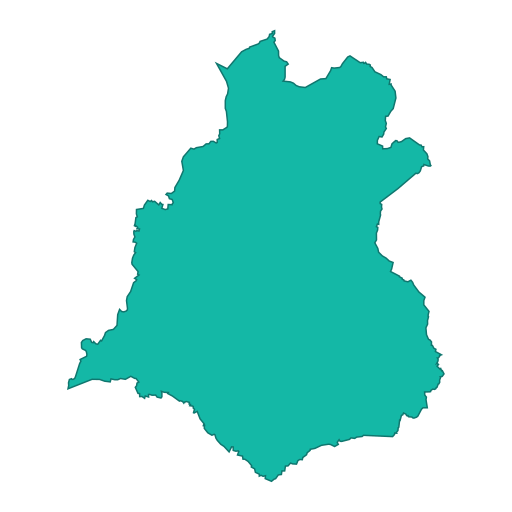 outline of Borabue, Maha Sarakham, Thailand
{"feature_id": "78962969B23742076953899", "entity_name": "Borabue", "entity_type": "district", "adm_level": 2, "iso_a3": "THA", "parent_name": "Thailand", "parent_adm1": "Maha Sarakham", "projection": "natural_earth1", "projection_center": [103.135, 16.006], "detail": "fine", "context": "isolated", "style": "filled", "palette": "teal", "viewbox_px": 512, "rotation_deg": 0, "n_neighbors": 0, "source": "geoboundaries", "source_scale": "gbopen_adm2", "svg_char_len": 6020}
<svg xmlns="http://www.w3.org/2000/svg" viewBox="0 0 512 512"><path d="M425.0,297.2L418.9,292.0L413.7,285.0L412.6,282.3L410.9,280.2L407.9,281.8L404.1,280.9L403.9,280.0L402.2,279.2L402.2,278.2L399.4,276.7L399.4,276.1L390.5,271.5L391.6,269.1L393.1,262.5L389.2,261.0L386.1,258.1L382.3,255.9L378.6,252.2L377.8,248.4L374.8,242.8L376.5,239.9L376.4,233.0L377.6,230.1L377.8,227.4L376.4,226.7L377.4,224.0L378.7,224.3L378.7,221.9L380.6,214.9L380.3,214.1L380.5,211.2L382.0,209.0L381.5,207.0L381.7,204.4L380.2,203.6L380.1,202.1L397.8,188.7L415.9,173.2L417.3,173.6L418.9,172.8L420.3,170.9L421.6,166.7L423.7,165.9L423.9,164.5L428.4,166.0L430.2,166.1L430.9,165.6L430.3,164.7L429.6,160.9L427.7,158.9L427.9,156.6L426.9,153.8L423.4,150.0L423.7,146.7L422.0,146.8L421.1,145.1L419.6,145.0L409.6,137.9L405.7,138.6L401.5,141.6L399.3,142.2L398.1,142.3L396.9,140.7L395.4,140.6L394.9,141.6L394.4,141.6L392.0,143.8L390.9,147.4L387.4,148.6L382.7,148.8L382.6,146.1L377.3,143.8L377.4,140.3L379.1,136.5L382.0,137.0L383.7,134.1L383.9,132.1L386.3,128.5L385.5,126.9L386.3,123.4L385.3,120.6L385.6,116.3L388.0,116.1L390.8,111.3L393.2,108.6L395.9,98.0L395.1,91.2L391.1,85.0L391.1,84.0L389.2,84.3L390.1,79.5L386.7,78.8L386.3,76.8L383.6,76.8L380.9,74.6L374.9,71.8L372.0,67.5L370.2,66.5L370.3,65.0L369.2,64.3L366.7,64.1L365.6,62.4L364.6,63.3L363.8,63.4L363.4,62.3L360.2,62.7L350.0,55.9L347.7,57.0L342.5,63.6L340.8,66.7L339.6,67.5L334.2,68.1L331.6,67.7L330.6,70.7L325.9,78.6L320.5,79.0L305.3,87.5L299.3,86.8L296.1,85.5L293.5,83.2L290.4,81.9L283.1,81.1L284.6,79.1L285.1,77.0L285.1,66.3L288.2,64.1L286.6,61.8L284.0,61.1L279.3,57.7L278.6,55.6L278.5,51.1L273.9,42.2L275.2,40.6L274.9,38.2L272.8,37.0L272.5,36.3L274.6,33.5L274.6,30.7L272.2,31.7L272.3,33.5L269.6,34.3L269.2,36.5L267.1,39.1L260.1,41.4L259.4,43.0L258.1,44.0L249.6,47.1L249.3,48.3L246.2,49.3L241.6,51.8L227.3,68.8L216.5,63.4L226.5,81.3L228.5,88.2L227.6,93.9L226.2,96.7L225.3,100.6L225.3,108.4L226.4,111.4L227.5,121.8L227.4,126.4L226.9,127.3L222.8,129.9L219.6,129.9L219.7,133.8L218.8,135.7L219.6,138.5L217.2,139.5L217.2,142.5L216.2,143.0L213.3,141.3L210.8,141.4L209.0,143.8L206.1,143.9L203.1,146.5L196.3,147.7L194.0,149.1L190.8,148.2L183.4,156.8L181.8,161.3L183.4,170.5L179.2,180.2L174.9,187.5L174.6,191.1L171.3,193.5L167.2,193.1L166.0,194.5L168.5,195.9L169.4,198.7L172.2,199.5L173.3,202.7L172.4,203.6L172.1,204.7L168.2,204.5L167.8,208.9L165.2,209.6L161.8,208.3L162.9,204.5L161.8,204.3L160.2,202.5L158.8,204.9L154.6,201.3L152.5,201.8L151.5,200.5L150.2,201.5L147.8,200.3L144.4,205.1L143.4,208.4L136.5,209.5L136.4,213.9L137.3,216.8L135.9,217.6L135.1,223.6L134.4,225.7L135.5,226.3L135.8,225.7L137.7,227.3L136.9,228.8L139.5,229.0L139.0,231.0L136.7,230.7L135.9,231.3L134.2,230.6L133.8,231.6L133.9,234.1L134.9,237.0L133.5,239.4L133.1,241.9L135.3,242.2L136.7,243.2L134.9,247.6L134.3,251.7L135.6,252.6L133.8,255.0L132.5,258.2L131.8,262.6L132.1,264.3L138.1,271.6L137.6,274.2L139.0,275.0L134.6,278.3L136.7,279.7L136.1,280.8L133.6,282.7L130.6,291.6L127.2,296.7L126.5,300.6L127.5,308.5L127.3,309.9L126.1,311.1L123.7,311.9L121.6,311.5L119.6,309.4L117.7,314.6L117.0,325.4L113.4,329.4L108.5,330.4L105.5,332.6L104.5,335.6L101.6,340.9L100.6,340.3L97.7,344.3L95.8,343.8L93.7,341.6L93.2,342.7L91.7,342.4L90.2,339.2L86.1,338.8L82.8,340.5L81.4,342.5L81.6,347.8L82.4,348.9L85.5,350.4L86.3,351.5L86.9,354.3L86.6,356.3L80.1,359.5L80.9,361.2L79.7,363.4L75.5,376.6L74.7,378.4L73.3,379.3L72.1,379.4L71.5,378.7L69.4,379.5L68.5,382.8L68.7,385.5L68.0,388.8L92.1,379.3L99.6,379.4L104.7,381.2L110.2,381.9L111.0,378.9L114.7,379.7L117.8,379.7L120.5,378.5L125.4,379.3L130.8,376.3L134.7,378.4L136.1,378.5L138.8,382.1L137.0,383.1L136.6,385.8L135.3,387.3L138.0,393.4L139.6,393.6L139.7,396.6L142.0,396.5L144.6,398.3L145.2,396.0L148.6,397.0L148.5,394.5L149.7,394.4L152.0,395.2L155.7,395.1L157.1,397.1L161.0,398.0L161.9,396.8L161.9,393.0L161.4,391.3L164.3,392.3L168.3,392.5L167.7,393.5L172.4,396.0L179.4,401.1L180.0,400.7L182.5,401.4L183.7,403.0L183.9,402.4L184.7,402.5L184.9,401.9L186.3,401.5L189.4,402.4L189.1,404.0L190.5,404.4L189.8,405.7L192.7,406.1L193.3,406.6L193.2,408.0L194.5,409.2L193.5,412.7L194.1,413.0L197.2,411.4L200.1,418.9L204.1,423.8L204.4,424.7L203.7,424.5L203.3,425.7L204.4,426.0L204.3,428.4L207.8,432.8L211.9,435.2L214.2,434.3L215.0,434.9L215.9,438.1L217.3,440.4L220.8,444.3L224.0,446.4L229.1,451.9L231.6,446.8L233.2,447.0L233.2,450.4L235.8,451.2L238.3,450.9L238.8,451.4L237.5,455.0L242.5,456.1L243.0,459.2L244.8,459.2L248.1,461.4L251.6,465.6L251.3,467.0L254.6,468.8L255.4,472.3L259.3,474.2L259.3,476.1L261.1,475.3L263.1,476.3L265.5,475.7L265.2,478.6L271.5,481.3L274.2,479.1L275.6,478.7L278.3,474.9L281.4,474.5L281.9,471.0L284.7,470.9L285.4,466.1L288.0,465.9L290.5,463.1L292.7,463.9L296.5,464.1L297.9,460.6L299.8,459.5L302.3,459.7L302.8,457.5L306.5,454.8L307.2,452.7L310.1,450.4L310.2,449.3L314.9,448.4L321.5,445.3L328.7,444.2L330.6,444.5L334.6,446.5L338.3,444.4L337.2,442.4L339.1,439.7L340.1,441.3L341.7,441.4L349.5,439.4L351.0,437.9L354.7,438.4L356.7,437.1L362.1,436.5L363.5,435.3L392.6,436.6L394.5,434.5L394.7,433.1L396.7,433.2L396.4,432.3L397.9,430.6L398.2,427.7L398.8,427.2L399.6,420.2L400.1,420.4L401.4,415.4L402.8,414.8L403.5,413.0L406.0,414.2L406.6,415.6L408.1,415.6L408.1,416.4L408.7,416.8L411.9,417.0L412.6,417.8L413.9,418.1L416.5,417.2L417.8,416.2L421.5,409.2L423.0,407.8L427.3,407.8L426.0,399.6L426.4,397.1L424.8,395.1L424.6,392.0L430.0,391.8L430.6,391.6L430.8,390.5L432.8,389.1L434.6,389.4L435.9,388.6L436.2,387.6L437.0,387.3L438.2,384.0L438.8,383.9L439.7,382.3L439.6,380.1L440.6,377.5L440.2,376.8L442.2,376.4L444.0,373.9L442.3,370.6L441.6,370.8L440.7,368.5L440.0,369.1L437.1,366.3L438.2,364.8L437.7,364.8L438.0,364.1L437.4,363.0L436.7,363.4L438.0,360.9L438.1,359.2L437.4,358.0L438.2,358.0L439.6,356.4L439.6,355.5L441.4,354.8L435.4,351.5L435.9,349.3L433.9,348.3L432.4,345.4L431.4,345.3L431.5,341.9L430.0,340.0L428.5,339.3L426.5,334.7L425.9,327.8L427.6,324.1L427.5,320.6L428.5,316.7L428.1,316.4L428.2,314.5L429.0,311.4L423.8,304.9L423.8,300.6L425.0,297.2Z" fill="#14b8a6" stroke="#0f766e" stroke-width="1.5"/></svg>